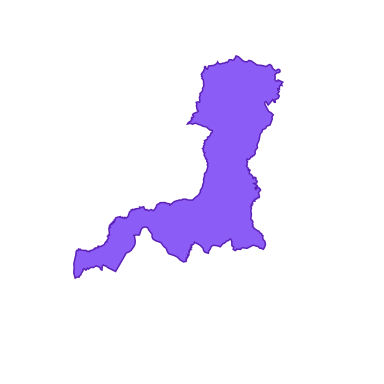 Jesús María, Santander, Colombia, rotated 321°
{"feature_id": "7082276B47652322340451", "entity_name": "Jesús María", "entity_type": "district", "adm_level": 2, "iso_a3": "COL", "parent_name": "Colombia", "parent_adm1": "Santander", "projection": "orthographic", "projection_center": [-73.834, 5.851], "detail": "fine", "context": "isolated", "style": "filled", "palette": "violet", "viewbox_px": 384, "rotation_deg": 321, "n_neighbors": 0, "source": "geoboundaries", "source_scale": "gbopen_adm2", "svg_char_len": 6104}
<svg xmlns="http://www.w3.org/2000/svg" viewBox="0 0 384 384"><g transform="rotate(321 192 192)"><path d="M331.7,163.8L329.4,159.1L328.4,159.6L327.3,159.0L327.1,156.9L329.3,154.8L329.7,153.2L332.8,152.7L334.6,153.9L336.0,153.9L337.0,152.8L336.8,151.4L335.9,150.7L333.6,150.5L333.1,150.0L332.5,146.8L333.3,143.8L332.9,142.1L332.2,141.6L328.4,141.0L326.4,138.1L322.4,134.1L320.7,127.8L319.4,126.0L318.9,125.5L317.1,125.6L315.3,124.3L314.2,122.3L313.2,116.0L311.9,114.0L311.3,114.0L310.1,115.2L308.8,115.0L307.8,115.8L306.4,115.2L305.8,113.9L304.2,112.7L301.0,113.7L300.3,112.6L298.0,112.2L297.4,111.5L294.5,110.3L293.5,108.9L293.8,107.0L291.9,107.8L288.6,107.3L284.2,104.5L281.2,106.3L280.9,105.9L280.9,104.3L281.5,103.1L280.9,102.6L279.9,103.1L279.4,104.4L277.7,104.8L276.5,105.9L275.9,105.5L273.2,106.4L273.2,107.4L272.2,108.1L272.4,109.2L271.1,110.1L271.4,111.2L271.1,112.5L267.6,117.3L265.6,118.0L263.6,120.2L260.1,120.5L259.2,122.1L257.5,122.9L255.6,125.9L254.5,126.9L252.7,125.3L251.6,125.0L251.3,126.4L249.7,127.8L247.7,131.4L248.1,132.5L247.3,133.4L242.4,132.0L240.9,132.5L240.9,134.4L239.8,134.8L239.0,133.9L238.0,134.2L237.6,135.8L236.7,135.5L236.1,136.1L233.0,135.7L231.3,136.3L233.9,137.5L235.1,139.7L237.6,140.4L238.3,141.1L240.0,144.3L240.7,144.9L242.0,148.0L244.1,150.4L244.9,155.1L246.5,157.0L246.2,157.6L245.2,158.3L244.1,158.0L242.0,159.3L240.3,159.7L238.5,159.1L238.0,160.1L237.0,160.6L234.3,160.0L234.4,160.4L233.5,161.0L233.5,161.5L232.0,161.7L232.0,162.8L229.8,163.6L229.0,164.9L227.5,164.8L227.5,166.1L226.3,167.7L226.2,169.1L226.6,169.5L225.4,170.1L224.4,171.4L224.3,173.7L223.7,174.2L223.6,175.4L224.0,175.7L223.9,176.3L222.7,177.4L222.3,180.0L220.9,180.5L220.5,182.1L215.9,185.3L213.4,185.5L211.6,187.6L209.0,189.4L207.1,191.9L204.2,193.6L203.8,194.5L199.3,196.1L198.7,197.2L196.7,198.0L194.0,198.6L192.5,198.3L187.3,198.6L184.3,196.2L182.6,193.6L180.1,191.7L178.9,191.8L177.0,190.2L172.2,188.3L166.6,188.3L167.2,187.2L165.1,184.8L164.5,183.3L160.5,180.2L159.5,180.4L157.0,179.8L153.0,181.8L150.2,182.2L149.2,179.9L146.4,179.2L146.0,177.3L144.9,177.2L144.4,175.3L145.4,172.5L145.1,172.9L143.1,172.3L142.0,171.0L141.9,171.5L141.5,171.4L141.1,171.8L137.6,169.6L136.5,169.8L136.3,169.0L135.1,168.9L134.9,168.1L133.4,167.7L133.3,168.3L130.8,168.3L126.8,170.8L124.2,170.8L124.0,169.5L122.3,170.0L122.8,169.7L122.7,169.3L121.8,168.5L122.2,168.1L121.7,167.6L120.4,166.7L120.7,165.9L116.8,164.1L115.0,164.7L114.3,165.5L113.9,165.0L113.3,165.9L112.6,165.5L112.3,166.3L111.7,165.7L111.3,166.5L110.9,166.5L110.9,165.6L109.8,165.8L110.4,166.4L110.1,166.5L109.3,165.8L109.0,166.5L107.9,166.0L107.6,166.0L107.6,166.5L106.4,166.5L106.5,167.1L105.7,167.4L106.0,168.0L104.6,167.8L100.7,173.6L100.0,172.8L99.3,173.4L98.4,173.2L98.4,174.6L97.9,175.3L95.8,176.0L94.6,177.1L94.3,176.4L92.1,176.9L90.7,177.7L86.5,176.8L85.0,175.0L84.7,175.0L84.6,176.1L84.1,176.3L81.4,174.5L80.7,175.2L80.2,174.6L78.4,174.7L75.8,173.4L75.0,174.0L74.2,173.2L74.0,172.4L73.0,172.2L72.9,170.8L69.6,167.8L68.7,166.6L69.0,166.0L68.3,165.8L68.0,164.9L67.0,165.3L67.2,165.8L66.8,166.0L65.7,164.9L64.6,165.3L62.1,167.8L55.1,173.3L53.3,176.0L49.2,180.5L47.0,185.4L49.2,185.8L50.7,187.1L51.8,186.4L53.5,186.4L54.6,185.6L57.8,184.6L58.4,183.7L59.3,183.4L60.0,183.8L60.1,185.6L60.6,186.0L62.7,185.4L62.9,186.7L65.9,186.9L68.1,188.8L68.9,188.6L71.1,189.2L72.7,192.0L72.9,193.1L72.5,193.7L72.5,195.5L72.9,196.0L75.6,193.1L77.3,192.9L77.6,194.3L78.6,195.3L79.1,198.0L82.6,205.7L102.7,198.0L105.6,199.0L108.2,199.0L113.1,197.6L115.1,196.4L117.1,194.3L119.2,190.6L119.5,189.2L121.9,190.4L123.6,192.1L124.3,192.2L128.9,189.1L130.9,188.6L133.0,189.3L134.1,190.2L135.2,192.2L134.5,194.1L134.4,199.6L132.5,202.2L132.1,203.8L132.9,206.6L136.0,211.7L135.8,216.8L136.5,219.3L135.2,223.4L135.1,225.4L138.4,230.5L139.7,233.5L140.0,237.1L141.4,241.0L143.7,242.2L144.6,241.6L144.6,240.8L146.1,240.5L146.3,239.7L147.5,240.0L148.1,239.2L148.6,239.2L148.9,238.5L149.1,239.3L149.9,239.1L150.9,237.8L152.4,236.8L152.0,236.4L152.6,235.8L154.7,236.1L154.3,235.6L155.5,235.1L155.2,234.7L155.8,234.4L156.1,235.0L156.6,235.0L156.5,234.1L157.5,233.8L157.6,232.9L158.2,232.8L158.4,233.4L161.1,233.4L162.3,232.6L164.7,238.1L165.2,242.4L164.1,245.2L164.1,246.9L166.2,249.9L167.9,248.4L170.2,247.8L172.7,246.5L174.0,246.5L175.6,247.3L178.0,249.9L179.5,252.4L183.3,251.6L184.9,252.1L188.3,252.0L189.5,252.6L192.3,252.6L192.3,253.9L191.5,255.9L189.2,258.8L189.7,261.0L187.8,262.6L188.6,264.5L189.1,265.0L190.7,264.5L193.7,267.2L195.5,266.8L196.3,267.2L199.3,270.4L206.0,271.8L209.1,276.1L209.3,278.4L210.3,279.2L211.3,281.4L213.7,280.6L216.1,279.0L217.6,276.1L217.4,273.8L218.1,272.0L219.6,270.8L219.3,269.1L219.8,268.2L219.2,266.8L219.3,264.5L218.6,263.4L217.3,258.9L217.7,258.2L217.4,257.0L218.8,255.8L219.1,254.6L220.6,253.5L220.9,251.8L220.5,250.1L224.1,246.8L226.2,243.2L228.0,242.0L228.5,240.1L230.0,240.4L230.2,239.1L230.8,238.9L231.7,239.5L232.2,238.4L233.9,237.5L235.2,238.7L236.1,237.1L238.0,238.1L239.4,237.5L240.1,238.5L240.9,238.5L241.5,238.1L243.3,234.3L246.4,233.7L246.8,233.1L246.7,231.1L246.1,230.7L246.3,229.7L245.1,229.6L243.2,230.3L243.1,229.0L244.0,228.4L246.5,228.3L246.8,227.9L245.5,224.4L247.9,225.7L249.4,224.8L249.2,222.7L250.5,221.5L250.5,220.8L249.7,219.8L248.4,220.2L247.9,219.8L249.0,218.1L249.0,215.6L248.1,213.9L249.8,211.9L250.9,211.6L250.6,210.7L249.6,210.7L249.4,210.3L250.6,209.3L250.7,205.8L252.0,205.7L252.8,204.1L254.1,203.7L254.5,201.7L255.6,201.0L256.2,202.3L257.7,202.6L260.0,201.9L260.8,202.5L261.8,201.9L262.9,202.6L264.2,202.4L265.5,201.8L266.3,200.3L268.7,199.1L270.0,199.1L270.8,198.7L272.2,196.3L276.6,194.0L281.4,189.9L284.4,189.2L285.9,188.0L289.1,188.9L291.5,187.9L294.9,189.0L300.5,185.7L301.3,184.0L303.7,183.2L303.3,180.1L302.3,177.7L303.7,170.1L304.7,168.2L306.0,168.1L306.6,168.7L305.8,171.9L306.1,172.4L312.9,171.0L312.4,174.1L313.2,174.7L314.7,172.5L317.9,173.4L320.2,172.4L320.5,171.4L320.0,169.5L322.9,168.9L322.9,167.1L323.6,165.7L324.0,166.0L324.0,167.1L324.5,167.4L325.2,166.2L326.9,164.9L328.0,164.6L329.0,165.9L329.6,164.1L331.7,163.8Z" fill="#8b5cf6" stroke="#5b21b6" stroke-width="1.5"/></g></svg>